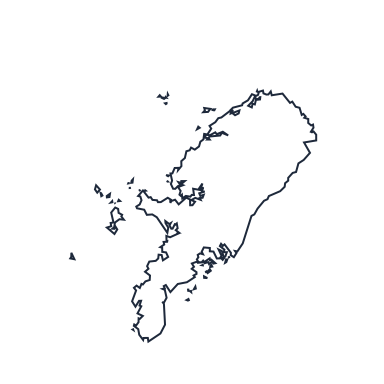 the district of Thames-Coromandel District, Waikato, New Zealand, rotated 235°
{"feature_id": "76426892B50034078290765", "entity_name": "Thames-Coromandel District", "entity_type": "district", "adm_level": 2, "iso_a3": "NZL", "parent_name": "New Zealand", "parent_adm1": "Waikato", "projection": "orthographic", "projection_center": [175.656, -36.86], "detail": "fine", "context": "isolated", "style": "outline", "palette": "slate", "viewbox_px": 384, "rotation_deg": 235, "n_neighbors": 0, "source": "geoboundaries", "source_scale": "gbopen_adm2", "svg_char_len": 6164}
<svg xmlns="http://www.w3.org/2000/svg" viewBox="0 0 384 384"><g transform="rotate(235 192 192)"><path d="M234.4,308.3L235.7,304.3L233.7,301.8L234.1,298.5L231.3,297.6L230.1,300.1L230.8,301.7L230.5,302.3L228.8,300.8L230.8,297.2L227.7,293.7L229.6,292.3L227.0,289.5L230.4,287.5L231.6,293.8L234.7,299.2L237.7,297.2L235.0,290.4L235.5,284.3L234.3,282.8L237.6,273.9L237.1,271.0L235.4,272.0L234.1,270.8L233.1,271.9L231.6,277.6L229.6,275.3L230.2,271.3L233.8,270.2L234.1,268.6L236.7,271.1L236.2,258.8L237.4,255.9L235.8,251.1L236.1,244.3L232.9,244.1L230.1,237.1L228.2,239.4L227.5,245.3L225.2,245.4L223.7,251.8L217.6,254.1L223.4,250.4L222.1,247.5L227.4,238.2L226.7,236.2L229.1,233.7L231.2,236.7L232.6,235.3L228.5,231.5L228.4,227.7L225.3,223.9L225.1,218.6L228.9,216.7L227.5,214.0L228.6,210.8L223.9,205.6L223.4,200.9L219.3,198.2L217.9,193.2L219.5,194.8L221.6,191.6L218.5,186.6L219.5,185.0L212.7,182.2L210.7,179.3L205.5,178.4L204.2,180.1L204.9,183.8L204.2,186.5L207.9,186.5L205.8,188.2L207.1,189.5L205.1,192.4L204.6,187.4L202.7,188.6L204.0,183.4L199.4,183.3L197.0,180.2L195.3,180.6L195.6,182.2L192.4,180.4L192.3,184.7L189.1,188.0L189.8,190.1L188.4,191.9L194.0,194.8L189.0,199.8L190.9,199.9L193.0,205.4L190.0,201.6L188.6,204.0L189.7,201.4L189.7,201.0L189.4,200.7L188.4,202.6L186.6,200.4L185.1,202.7L186.8,197.2L184.0,196.6L183.0,200.0L181.2,197.4L182.6,194.9L180.6,194.6L185.3,191.3L185.8,186.8L182.3,188.9L180.9,184.8L182.2,182.9L187.0,186.1L190.7,184.0L189.5,174.0L195.4,173.7L196.7,169.0L196.0,169.0L195.4,168.1L197.2,169.1L197.8,170.3L201.2,168.8L201.6,160.7L203.2,158.3L205.3,158.6L208.2,155.1L211.5,155.2L212.3,153.2L221.4,152.7L219.6,145.6L217.9,147.1L214.2,145.9L211.8,142.0L212.0,138.0L210.2,137.6L204.9,142.7L199.2,141.9L196.4,146.6L191.5,148.7L172.7,148.4L176.4,152.1L181.8,152.5L183.5,153.5L178.8,155.0L178.7,156.7L177.5,154.4L173.8,154.0L173.1,155.1L175.9,160.2L174.8,159.4L175.0,161.5L170.5,159.4L170.1,156.8L165.6,158.2L167.5,148.1L170.7,145.8L166.1,142.8L165.9,143.5L165.5,143.1L167.4,140.1L164.9,139.1L165.0,134.4L163.5,135.6L160.0,133.3L157.4,136.1L152.5,135.2L152.7,129.0L157.8,131.0L159.8,128.7L156.9,126.2L156.4,122.8L159.5,117.1L157.0,112.7L154.1,112.3L153.6,107.8L147.7,109.7L144.2,106.9L145.5,102.6L144.4,98.7L145.7,97.9L143.3,94.2L147.1,92.9L146.8,89.5L143.4,89.7L136.8,80.2L130.5,79.9L133.2,86.2L132.1,87.9L129.1,83.9L127.5,84.9L123.8,77.7L118.7,80.6L118.0,76.4L119.1,75.8L116.0,73.5L114.7,69.6L116.6,68.7L115.7,67.6L110.5,69.3L105.3,66.9L98.8,67.1L100.2,68.6L97.8,72.1L94.5,70.5L94.2,85.0L98.8,93.8L116.4,104.8L119.2,104.7L117.2,105.0L119.9,110.5L127.4,113.6L129.5,112.3L128.7,114.4L131.1,114.9L130.8,117.2L122.4,116.9L124.8,127.6L121.0,136.1L120.7,145.5L122.7,145.4L122.3,148.7L123.8,149.7L129.2,147.7L129.6,150.7L133.5,150.9L132.1,156.1L130.7,156.1L127.5,161.9L129.4,161.8L128.9,159.4L130.9,157.1L134.0,157.3L134.9,159.8L137.2,160.6L137.1,163.4L134.7,165.3L137.5,165.7L139.8,169.9L135.9,174.5L133.2,172.6L130.9,175.4L123.3,174.2L120.9,177.9L118.8,178.2L119.3,180.1L122.2,177.9L122.8,179.6L129.7,180.8L126.5,182.6L120.4,180.7L120.1,182.4L122.7,186.0L124.5,183.5L126.2,185.5L131.7,183.8L132.9,186.1L130.2,186.4L130.4,188.6L119.9,189.0L118.0,187.5L114.6,188.9L116.5,193.4L119.0,193.4L117.3,195.1L120.8,204.1L138.3,227.0L137.9,230.2L140.8,236.2L143.5,246.0L142.8,249.7L144.6,252.6L142.1,264.7L143.1,270.9L145.8,273.3L146.1,277.3L148.4,278.9L149.9,285.4L148.7,288.7L154.4,295.6L154.2,301.9L156.4,311.1L168.3,312.2L163.0,323.3L167.7,326.6L171.9,326.3L172.1,324.5L173.1,323.9L175.0,328.4L177.8,329.8L178.2,327.8L181.9,326.8L185.1,329.1L188.4,326.6L188.8,328.4L192.1,328.0L192.2,326.1L199.3,328.4L202.4,325.8L208.5,326.0L208.8,323.4L220.7,322.6L225.5,312.8L229.2,314.2L228.1,310.5L229.2,308.8L231.8,307.1L234.4,308.3ZM224.8,236.6L226.2,234.6L226.6,236.5L224.8,236.6ZM211.7,101.9L202.1,104.4L204.2,109.3L207.8,109.5L206.3,107.4L207.6,105.8L207.8,108.1L211.2,111.4L211.3,117.0L208.4,120.3L212.5,120.1L213.4,121.7L217.0,119.9L220.5,121.8L223.3,120.2L221.5,114.0L212.1,110.2L213.3,107.6L210.3,106.2L211.7,101.9ZM126.3,161.9L125.3,165.0L123.2,164.6L123.5,168.4L121.1,168.4L120.3,170.3L125.6,169.0L125.8,167.6L127.5,168.4L127.6,163.0L126.3,161.9ZM250.9,247.0L248.4,251.1L249.6,254.7L253.8,250.2L251.5,249.4L250.9,247.0ZM249.8,114.0L245.8,114.0L246.8,118.0L252.5,117.3L249.8,114.0ZM207.4,54.2L204.4,57.1L211.4,58.3L208.1,55.9L207.4,54.2ZM236.4,119.2L235.2,121.5L237.6,123.8L237.6,119.9L236.4,119.2ZM116.6,158.3L116.7,162.2L118.5,162.3L117.9,158.4L116.6,158.3ZM114.7,152.7L112.7,155.2L116.0,153.5L114.7,152.7ZM241.9,234.6L240.5,232.2L240.2,235.1L241.9,234.6ZM121.2,166.0L121.0,164.7L120.1,163.9L119.3,165.8L121.2,166.0ZM115.0,178.5L114.9,179.9L116.5,182.2L117.2,181.2L115.0,178.5ZM289.8,221.1L289.3,219.2L288.0,221.3L289.8,221.1ZM240.6,115.3L240.5,116.6L243.1,116.9L243.6,116.6L240.6,115.3ZM111.3,137.8L110.7,139.7L112.6,140.5L111.3,137.8ZM234.4,147.5L233.8,148.6L236.3,150.9L235.9,149.1L234.4,147.5ZM286.1,228.3L284.8,227.2L284.8,228.1L286.1,228.3ZM287.2,220.8L284.3,222.5L284.3,223.5L286.2,222.3L287.2,220.8ZM220.7,180.5L218.6,181.5L218.7,182.6L220.7,180.5ZM114.3,132.7L112.3,131.9L114.8,133.5L114.3,132.7ZM106.6,125.6L105.4,126.4L105.2,127.4L106.4,127.7L106.6,125.6ZM227.6,127.5L226.8,126.2L225.9,127.9L227.6,127.5ZM280.1,220.8L279.0,221.0L279.0,221.9L279.5,222.2L280.1,220.8ZM230.3,121.4L229.9,119.5L229.3,120.9L230.3,121.4ZM118.6,156.8L118.1,158.0L118.7,158.1L118.6,156.8ZM247.0,257.4L245.8,256.6L246.6,258.1L247.0,257.4ZM111.9,133.5L110.5,133.9L111.5,134.4L111.9,133.5ZM247.6,256.5L248.1,255.2L247.0,256.2L247.6,256.5ZM237.5,303.4L237.1,302.8L236.6,303.1L237.5,303.4ZM118.2,185.3L117.4,184.7L117.3,185.0L118.2,185.3ZM219.9,154.1L219.6,154.8L220.2,154.6L219.9,154.1ZM235.0,146.0L235.8,145.0L235.6,144.7L235.0,146.0ZM113.4,64.5L112.6,64.8L113.3,65.0L113.4,64.5ZM223.5,150.1L223.6,149.2L223.3,150.1L223.5,150.1ZM215.6,178.0L214.6,177.9L214.4,178.2L215.6,178.0ZM231.8,143.9L231.0,143.3L230.9,143.5L231.8,143.9ZM126.1,159.0L126.2,158.3L125.7,158.8L126.1,159.0ZM284.9,224.8L284.6,224.4L284.1,224.9L284.9,224.8ZM226.4,122.5L227.0,122.5L227.3,122.2L226.4,122.5ZM167.1,157.5L166.9,157.0L166.4,157.8L167.1,157.5Z" fill="none" stroke="#1e293b" stroke-width="2"/></g></svg>